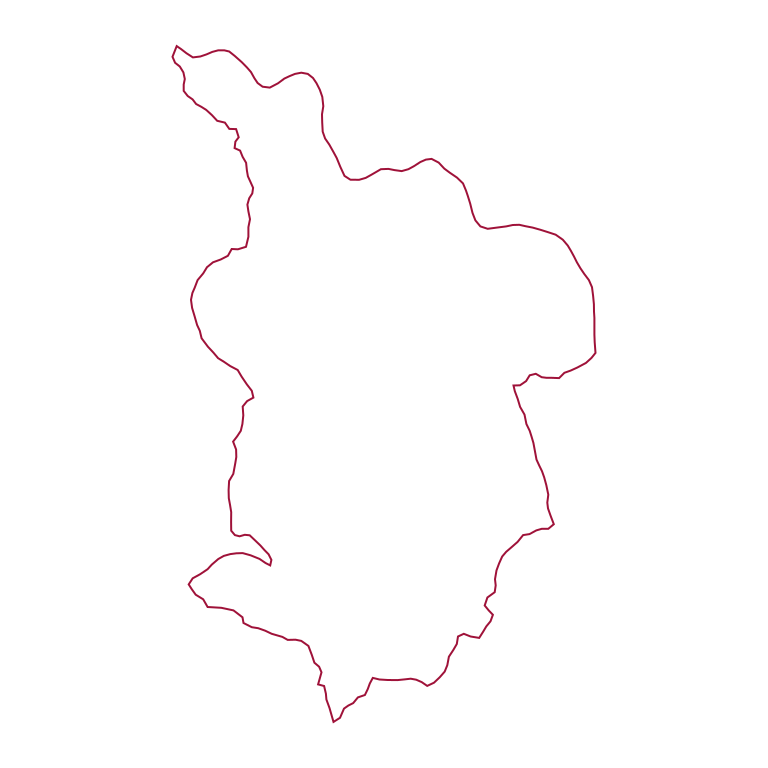 the district of Ibiraci, Minas Gerais, Brazil
{"feature_id": "56859067B62702129343904", "entity_name": "Ibiraci", "entity_type": "district", "adm_level": 2, "iso_a3": "BRA", "parent_name": "Brazil", "parent_adm1": "Minas Gerais", "projection": "natural_earth1", "projection_center": [-47.123, -20.39], "detail": "fine", "context": "isolated", "style": "outline", "palette": "rose", "viewbox_px": 768, "rotation_deg": 0, "n_neighbors": 0, "source": "geoboundaries", "source_scale": "gbopen_adm2", "svg_char_len": 3714}
<svg xmlns="http://www.w3.org/2000/svg" viewBox="0 0 768 768"><path d="M448.9,656.7L453.3,650.0L456.8,644.0L458.0,636.5L463.8,633.8L470.6,636.5L479.2,637.9L483.2,631.6L486.3,626.4L490.5,621.3L492.9,614.8L488.7,610.4L484.7,605.5L487.4,597.5L494.7,592.2L495.7,585.4L495.0,579.2L496.5,570.4L499.1,563.4L502.2,556.5L506.2,551.8L511.2,547.5L517.6,541.9L523.1,535.1L529.5,534.1L536.3,530.4L541.8,528.8L548.3,528.8L553.8,524.2L550.5,515.5L548.0,508.4L547.3,502.6L548.3,494.7L546.3,485.1L544.2,477.4L542.0,471.2L539.4,465.9L536.5,459.6L534.8,450.4L533.4,442.9L531.6,436.8L529.7,430.8L526.4,424.0L524.5,414.6L520.1,406.9L517.7,398.9L514.8,391.1L513.5,385.5L520.0,385.3L526.1,381.1L529.7,375.3L535.8,373.8L541.7,377.2L546.5,377.8L551.4,377.8L559.1,378.1L564.4,372.8L570.6,370.6L577.4,367.5L586.0,362.9L591.5,357.9L595.5,352.9L594.7,342.3L594.4,334.6L594.4,327.1L594.4,317.9L594.0,311.6L593.9,304.2L593.1,295.8L592.0,287.2L588.9,280.1L584.3,274.0L580.5,268.4L576.9,262.3L574.0,256.5L570.9,250.8L567.8,245.6L562.8,239.7L555.7,234.7L548.1,232.2L540.5,229.8L532.7,227.6L525.5,226.2L519.3,224.8L512.8,225.0L506.2,226.4L496.8,227.6L487.7,228.8L480.4,226.4L475.4,220.4L472.5,212.9L470.2,203.6L467.8,195.9L466.0,190.6L463.0,183.4L457.0,177.6L449.8,172.7L444.3,168.6L438.7,162.6L431.6,158.9L425.9,159.6L420.4,162.0L413.9,166.2L408.4,169.2L401.7,171.1L394.5,170.1L388.5,168.9L380.9,169.2L375.6,172.3L371.1,174.9L365.7,177.9L359.1,179.8L350.4,179.7L344.5,175.9L340.3,166.8L336.7,158.0L333.5,152.1L329.3,144.6L325.1,138.5L322.7,131.7L322.2,122.3L322.0,114.3L323.3,106.2L322.3,96.9L319.8,89.7L316.5,83.2L313.0,78.0L307.8,73.9L301.3,72.7L295.0,73.9L289.4,76.2L284.3,78.6L278.0,83.3L269.8,87.6L262.6,86.7L257.6,83.0L254.4,78.2L251.0,72.1L246.9,67.4L241.8,62.2L234.7,55.9L229.2,51.5L224.2,50.3L218.3,50.3L212.3,51.9L206.5,54.4L200.3,56.5L192.9,57.4L186.4,53.2L181.1,49.1L176.7,46.1L172.5,56.8L175.1,62.8L179.8,66.5L183.4,72.4L184.8,79.0L183.7,84.5L183.7,90.9L187.7,96.0L192.6,99.4L196.1,104.0L201.3,106.8L206.2,109.9L212.0,115.2L217.2,120.8L224.9,122.6L229.3,128.9L236.1,129.1L238.7,137.3L235.4,141.6L234.6,148.1L240.1,150.6L242.6,156.8L246.1,162.8L246.9,170.5L247.9,176.3L250.5,182.0L253.1,187.8L252.3,193.4L249.2,198.3L247.4,204.6L248.4,211.4L250.0,219.2L248.4,227.2L248.4,236.8L246.0,246.8L237.9,249.3L231.7,249.0L227.9,255.8L220.7,259.5L213.0,262.3L207.0,267.2L203.2,273.4L197.6,280.1L194.7,287.7L192.4,293.0L191.0,299.8L192.1,307.9L194.7,316.6L197.1,325.0L199.8,330.8L201.6,338.3L207.9,346.7L213.4,352.6L218.1,358.2L224.1,361.9L230.1,366.0L237.7,370.0L241.6,376.6L246.8,384.3L251.8,390.8L253.4,397.6L247.1,401.1L242.7,406.5L243.3,415.4L242.4,424.0L240.8,430.8L237.1,436.4L233.1,441.6L236.1,449.5L236.3,457.0L235.3,463.1L233.3,473.9L229.1,481.0L228.6,490.1L228.8,498.2L230.1,505.3L231.2,512.1L231.1,521.8L231.2,530.7L234.9,535.1L239.6,536.3L244.8,534.8L249.7,535.3L255.3,540.6L260.5,545.6L264.4,550.0L268.6,554.3L271.4,559.9L270.2,565.4L265.5,563.0L259.5,558.9L250.6,555.3L242.7,553.1L236.4,553.3L230.3,554.1L223.8,555.9L218.3,559.0L211.8,564.6L207.6,569.2L200.0,574.3L192.7,578.3L188.7,584.4L191.7,589.1L195.7,594.7L203.2,599.3L207.6,607.0L221.3,607.8L233.5,610.4L242.5,617.3L243.5,623.0L251.8,627.2L258.2,628.2L265.2,630.7L271.7,633.8L282.4,636.9L287.7,639.9L295.5,639.7L301.3,640.9L308.4,645.9L311.8,654.9L314.4,662.7L319.1,666.7L321.5,672.3L318.1,684.4L324.1,686.0L325.9,693.7L326.4,699.5L329.5,708.0L333.5,721.9L340.0,717.8L344.0,708.6L348.4,705.5L353.2,703.1L357.9,697.4L364.9,695.0L367.8,689.0L369.8,683.5L372.8,677.9L379.5,679.5L387.8,680.0L397.5,680.1L404.5,679.4L410.7,678.7L416.2,679.7L421.7,682.1L427.2,685.9L434.0,682.7L439.7,677.3L444.7,671.6L447.3,665.2L448.9,656.7Z" fill="none" stroke="#9f1239" stroke-width="2"/></svg>